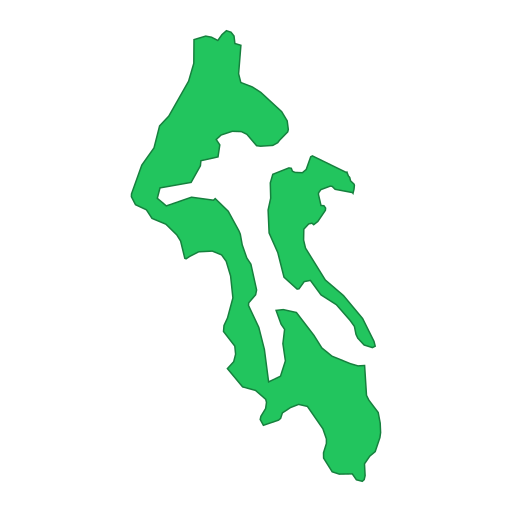 Island, Washington, United States of America
{"feature_id": "52423323B81098999696635", "entity_name": "Island", "entity_type": "district", "adm_level": 2, "iso_a3": "USA", "parent_name": "United States of America", "parent_adm1": "Washington", "projection": "albers", "projection_center": [-122.525, 48.158], "detail": "fine", "context": "isolated", "style": "filled", "palette": "green", "viewbox_px": 512, "rotation_deg": 0, "n_neighbors": 0, "source": "geoboundaries", "source_scale": "gbopen_adm2", "svg_char_len": 2421}
<svg xmlns="http://www.w3.org/2000/svg" viewBox="0 0 512 512"><path d="M131.5,193.9L131.4,196.7L135.5,204.7L146.4,209.8L152.0,218.4L165.9,224.2L176.8,234.9L180.6,241.0L184.8,258.3L186.1,258.8L189.7,256.4L198.7,251.8L212.3,251.1L221.6,254.9L226.2,261.3L230.6,276.0L232.9,297.9L227.5,318.0L224.0,325.5L223.5,331.5L234.8,346.1L235.6,354.2L233.7,361.7L227.4,368.6L242.6,386.9L255.5,390.4L265.7,399.3L266.5,402.4L265.6,408.6L260.9,416.3L260.2,419.5L263.4,425.3L278.6,420.1L280.6,418.4L282.4,412.9L290.4,407.6L298.6,404.4L307.4,406.4L322.9,428.8L326.4,438.9L326.4,443.5L323.5,452.8L323.6,458.1L332.2,471.8L339.2,474.1L352.3,473.9L356.4,479.8L362.3,481.3L364.2,479.6L365.1,475.7L364.5,463.8L369.8,456.1L375.2,451.6L379.9,437.6L380.6,432.6L380.2,423.2L378.2,412.5L368.9,400.2L366.5,395.4L364.6,365.5L358.0,365.9L350.2,363.6L332.0,356.2L321.8,347.9L313.9,335.3L296.4,312.5L283.3,309.6L276.1,310.4L281.1,324.2L284.6,329.3L282.9,343.7L285.4,360.9L280.5,376.2L268.6,381.9L264.4,349.5L258.8,327.4L248.5,305.5L248.7,302.8L255.6,294.8L256.6,290.0L250.9,264.2L246.8,258.0L242.2,244.8L240.3,234.2L239.0,231.0L228.2,211.2L215.2,198.6L213.5,200.2L191.5,197.2L166.3,205.9L157.3,198.3L160.0,187.9L191.1,182.4L200.4,165.8L200.9,160.7L218.0,156.9L219.8,144.9L216.2,139.5L221.1,135.0L232.3,131.3L241.4,131.6L246.9,134.3L256.6,145.7L260.5,146.2L272.8,145.4L277.7,142.7L279.6,140.2L287.7,131.9L288.3,129.5L287.2,120.9L281.7,111.7L260.8,92.4L252.4,87.0L240.8,82.5L238.6,73.8L240.9,45.3L234.9,43.5L234.0,36.0L231.0,32.2L226.4,30.7L222.0,34.6L217.8,40.5L211.5,37.2L205.7,36.1L194.0,39.6L193.8,63.3L188.6,81.2L168.8,116.1L159.6,125.9L154.0,147.9L141.8,165.1L131.5,193.9ZM346.9,172.1L346.4,172.5L312.4,155.9L310.7,156.8L306.2,169.5L302.4,172.7L295.0,172.4L292.4,171.2L291.3,168.3L288.9,167.9L272.8,174.3L270.3,182.9L270.7,198.2L268.1,210.0L269.1,233.0L277.8,252.6L284.0,277.2L297.1,289.1L299.0,288.8L304.2,281.6L310.4,280.4L321.0,294.9L336.4,304.7L350.1,320.4L354.4,326.4L356.0,334.4L357.8,338.2L364.1,345.0L372.4,347.6L375.2,346.2L374.0,341.4L362.6,318.5L343.5,295.6L325.3,280.0L305.5,248.1L303.6,240.1L303.8,229.2L308.7,223.9L312.0,223.2L313.7,224.7L317.8,221.5L325.4,210.3L325.6,208.1L323.9,205.7L321.0,205.5L318.5,194.7L318.5,192.9L320.9,189.6L330.3,186.1L332.2,186.4L335.1,189.3L352.5,192.6L353.0,193.3L354.0,189.2L354.4,185.3L354.0,184.1L350.6,180.9L349.7,177.4L348.4,176.0L346.9,172.1Z" fill="#22c55e" stroke="#15803d" stroke-width="1.5"/></svg>